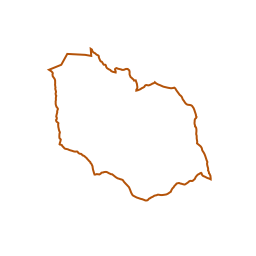 Chengmari, Samchi, Bhutan, rotated 118°
{"feature_id": "84629894B7629980605125", "entity_name": "Chengmari", "entity_type": "district", "adm_level": 2, "iso_a3": "BTN", "parent_name": "Bhutan", "parent_adm1": "Samchi", "projection": "orthographic", "projection_center": [89.063, 26.994], "detail": "fine", "context": "isolated", "style": "outline", "palette": "amber", "viewbox_px": 256, "rotation_deg": 118, "n_neighbors": 0, "source": "geoboundaries", "source_scale": "gbopen_adm2", "svg_char_len": 5749}
<svg xmlns="http://www.w3.org/2000/svg" viewBox="0 0 256 256"><g transform="rotate(118 128 128)"><path d="M70.7,106.2L71.1,106.4L72.7,108.6L73.7,111.6L74.9,116.2L75.2,120.4L75.4,121.4L75.4,122.2L75.4,123.6L75.3,124.5L75.2,125.3L75.0,125.8L75.7,125.9L76.7,126.6L77.2,127.2L78.3,127.8L79.5,128.7L80.5,129.6L80.9,130.2L81.2,131.3L81.5,132.1L82.2,132.7L82.8,132.9L84.0,132.9L85.5,133.8L86.5,134.6L87.3,135.0L87.7,135.1L88.8,136.0L89.9,136.9L91.1,138.2L90.3,138.6L88.8,138.5L87.5,138.9L86.6,139.6L84.8,140.9L82.3,143.6L82.8,144.2L83.3,144.9L82.8,145.5L82.5,146.4L82.4,147.3L82.1,147.9L81.8,149.6L80.4,151.3L79.9,151.8L78.6,152.5L77.9,152.8L77.6,153.0L76.5,154.0L76.3,155.1L76.2,155.5L76.0,156.0L76.3,156.4L76.5,157.0L76.8,157.5L77.6,158.2L78.4,158.8L78.9,159.5L79.5,160.6L79.5,161.5L79.9,163.0L80.2,164.1L80.4,164.8L80.4,165.5L80.5,166.3L81.2,166.8L81.8,167.1L82.5,166.9L83.2,166.1L83.8,165.6L84.0,165.3L84.8,165.0L85.2,166.7L85.5,167.6L85.6,169.2L85.6,169.6L85.2,170.5L85.1,171.2L85.2,172.0L85.1,173.0L85.1,173.9L85.0,174.5L84.8,175.1L84.6,175.4L84.2,176.0L83.2,176.9L82.8,177.6L83.1,178.3L83.5,179.2L83.1,180.0L82.6,180.8L82.0,181.7L81.8,182.5L82.0,183.2L81.7,184.0L80.2,185.9L79.7,186.5L79.1,187.1L78.4,187.4L78.0,188.0L77.9,188.8L78.0,189.7L77.9,190.7L77.5,192.0L77.5,193.9L77.1,195.1L76.4,196.0L75.7,196.7L75.6,198.1L81.6,194.3L83.5,200.1L91.1,216.4L103.5,216.6L113.7,225.1L113.9,222.4L114.5,220.6L115.2,220.0L116.2,219.8L117.7,218.7L118.6,216.8L119.3,215.6L120.2,214.7L122.0,213.7L123.1,213.1L123.9,212.8L125.3,211.8L125.9,211.4L126.3,211.0L127.2,210.8L128.0,210.3L128.5,209.7L129.9,208.5L131.6,208.1L132.8,207.2L133.3,206.4L134.0,206.3L135.4,205.8L137.1,204.8L138.7,204.3L139.8,203.6L140.5,203.3L141.3,202.7L142.2,201.8L142.9,201.1L143.1,200.3L143.6,199.5L144.1,198.8L145.7,198.6L146.7,198.3L147.2,197.9L150.5,197.1L151.0,196.9L151.7,196.7L152.1,196.0L152.6,195.5L153.5,195.2L154.0,195.1L154.8,195.3L155.2,194.9L155.8,194.3L156.0,193.6L156.2,192.3L156.4,191.7L158.0,191.2L158.3,190.9L159.2,190.4L160.2,189.7L160.8,189.1L161.4,188.7L162.5,187.7L163.2,186.9L163.7,186.2L164.4,185.9L165.3,185.8L166.3,185.3L167.2,184.9L168.5,184.2L169.3,183.5L169.4,182.7L169.7,182.0L170.9,181.6L171.7,181.4L173.0,181.2L174.5,180.8L174.6,180.3L174.3,179.5L174.2,178.2L174.7,177.7L174.8,177.2L175.1,176.7L175.1,176.2L175.5,175.3L175.8,174.5L175.8,173.7L175.6,173.0L175.3,172.1L175.0,170.7L175.0,169.6L174.7,168.0L174.4,166.7L174.3,166.0L174.1,164.8L173.8,163.9L173.4,163.1L172.9,162.4L172.6,161.7L172.7,161.2L173.0,160.8L173.4,159.8L173.4,159.4L173.3,158.3L173.1,157.8L172.9,157.4L172.9,156.8L173.4,155.5L173.5,155.1L173.3,154.8L173.3,153.3L173.7,151.9L174.0,150.3L174.4,149.6L174.9,148.1L175.3,147.1L175.8,145.3L176.4,144.8L176.6,144.1L177.1,143.1L178.0,142.0L178.4,141.4L179.3,140.8L181.0,139.5L184.1,136.5L184.4,136.1L184.8,135.7L184.4,134.9L183.4,134.0L182.4,131.4L181.2,130.7L179.9,130.4L179.5,129.9L178.8,128.9L178.2,128.5L177.3,127.2L176.9,126.3L176.8,125.2L176.9,123.9L176.8,122.8L176.8,121.5L176.3,120.2L176.8,117.6L177.0,116.6L177.2,115.4L177.3,113.5L177.0,112.1L176.8,110.7L176.5,109.5L176.4,108.3L176.5,108.0L177.4,106.3L178.3,103.8L178.9,101.9L179.1,101.4L179.3,100.8L179.5,100.2L179.7,99.6L180.0,99.1L180.4,98.6L181.6,97.1L182.4,96.2L183.2,95.3L183.6,94.8L184.0,94.3L185.0,92.7L185.2,92.2L185.3,91.5L185.3,90.3L185.3,88.4L185.3,87.8L185.2,87.2L185.1,86.6L185.0,86.0L184.7,84.1L184.6,83.5L184.3,82.3L184.1,81.7L184.1,81.1L183.9,79.8L183.9,79.2L183.8,78.6L183.5,78.0L183.2,77.5L182.8,77.0L182.3,76.7L181.7,76.5L181.1,76.4L180.5,76.2L180.0,75.9L179.4,75.3L179.0,75.3L178.1,74.7L177.2,73.9L176.6,73.6L175.5,73.0L175.1,72.6L174.7,72.2L174.3,71.6L173.9,71.2L173.4,70.8L172.9,70.4L172.6,69.8L172.0,68.1L171.8,67.5L171.5,66.9L171.2,66.4L170.5,65.4L169.4,63.9L169.0,63.4L168.6,62.9L168.1,62.5L167.6,62.2L167.1,61.8L164.9,60.7L164.3,60.3L163.0,60.4L161.8,60.5L160.1,60.3L159.0,59.9L157.3,59.8L155.8,59.3L154.2,59.0L153.6,58.3L152.7,57.3L152.5,56.7L152.5,55.7L152.1,54.7L152.0,53.7L151.8,53.2L151.7,52.5L151.5,51.9L151.3,51.4L150.8,51.0L148.6,49.8L147.5,49.3L146.3,48.9L145.8,48.5L145.4,48.1L145.1,47.5L144.9,46.9L144.6,46.4L144.1,46.0L142.9,45.6L141.8,45.1L139.5,45.2L137.4,44.8L136.1,44.3L134.9,43.4L134.0,43.0L133.3,42.4L133.5,41.7L134.0,41.3L134.4,41.0L134.9,39.9L135.1,39.2L135.0,38.6L135.0,38.0L134.9,37.4L134.9,36.1L134.9,34.9L134.9,34.3L134.6,33.1L134.6,32.4L134.5,31.8L134.5,30.9L133.7,31.3L133.2,31.7L132.8,31.9L132.5,32.1L132.0,32.5L131.6,32.7L130.5,34.1L130.2,34.5L130.0,35.2L129.5,35.5L129.1,35.8L128.2,36.8L127.9,37.4L127.3,37.6L126.8,37.9L126.2,38.2L125.7,38.6L125.3,39.0L124.4,39.9L123.9,40.3L123.5,40.7L122.9,41.1L122.4,41.4L121.9,41.7L121.2,41.8L120.7,42.0L120.3,42.5L119.5,43.5L119.1,43.9L116.5,46.6L115.7,47.5L115.3,48.0L114.9,48.5L114.6,49.0L114.2,49.5L113.9,50.1L113.3,51.2L113.0,51.7L112.6,52.2L111.6,53.0L111.2,53.4L110.8,53.9L110.5,54.5L110.2,55.0L110.0,55.6L109.9,56.2L109.5,58.0L109.3,59.3L109.1,59.9L108.5,60.1L107.9,60.3L107.4,60.6L104.9,62.5L104.3,62.8L103.8,63.1L103.2,63.4L102.7,63.7L102.2,64.1L101.8,64.6L101.3,64.9L100.8,65.2L99.1,65.9L98.5,66.2L97.9,66.5L97.4,66.8L96.9,67.1L96.4,67.5L95.9,67.9L95.5,68.3L95.2,69.5L94.2,70.0L93.7,70.6L93.2,71.1L92.7,71.4L92.2,71.7L90.5,72.4L90.0,72.7L89.0,73.0L87.9,72.9L87.3,72.6L86.4,72.6L86.0,72.7L85.4,73.7L84.6,74.1L83.5,75.2L81.9,76.9L81.0,77.8L80.6,78.3L79.8,79.2L79.5,79.7L78.9,80.9L78.6,81.4L78.4,82.0L78.3,82.6L78.4,83.2L78.5,83.8L78.7,84.4L79.2,85.6L79.4,86.2L79.5,86.8L79.5,87.4L79.4,88.0L79.2,88.6L79.0,89.2L78.7,89.8L77.8,91.4L77.5,92.0L77.3,92.5L77.0,93.1L76.6,93.6L76.2,94.0L75.8,94.5L75.4,95.0L75.1,95.5L74.9,96.1L74.7,96.7L74.6,97.3L74.5,97.9L74.2,98.5L73.4,100.1L72.3,102.4L71.7,103.5L71.4,104.0L70.8,104.9L70.7,106.2Z" fill="none" stroke="#b45309" stroke-width="2"/></g></svg>